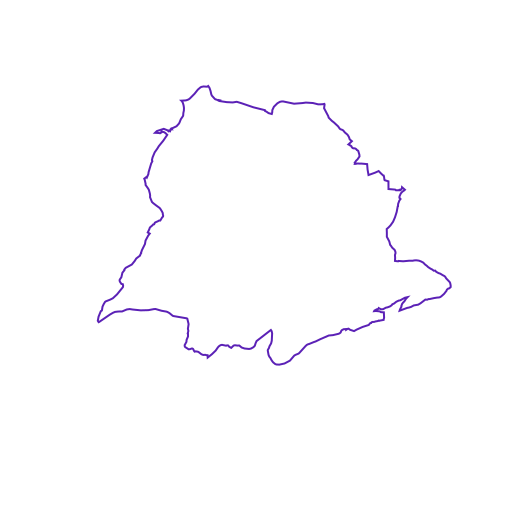 the district of Sanpetru De Campie, Mures, Romania, rotated 134°
{"feature_id": "2599482B10732475322024", "entity_name": "Sanpetru De Campie", "entity_type": "district", "adm_level": 2, "iso_a3": "ROU", "parent_name": "Romania", "parent_adm1": "Mures", "projection": "equal_earth", "projection_center": [24.255, 46.729], "detail": "fine", "context": "isolated", "style": "outline", "palette": "violet", "viewbox_px": 512, "rotation_deg": 134, "n_neighbors": 0, "source": "geoboundaries", "source_scale": "gbopen_adm2", "svg_char_len": 6102}
<svg xmlns="http://www.w3.org/2000/svg" viewBox="0 0 512 512"><g transform="rotate(134 256 256)"><path d="M412.5,324.8L412.9,323.2L412.4,323.0L399.6,320.4L396.1,319.4L394.2,318.6L391.6,316.5L388.9,313.8L384.2,311.8L381.9,310.0L380.3,307.7L375.2,301.2L369.7,295.8L364.9,292.4L363.9,291.4L361.0,285.9L358.3,281.9L357.8,280.9L357.2,278.6L356.9,274.7L356.7,273.9L349.0,262.6L348.8,261.9L351.4,257.8L351.9,257.1L355.7,254.4L356.9,252.6L358.8,251.5L358.7,251.4L361.1,249.0L364.5,247.7L366.1,246.4L369.7,245.4L370.6,244.3L370.7,243.7L369.9,239.6L368.9,238.8L367.1,237.9L366.7,237.4L366.6,236.6L367.4,234.3L367.4,233.6L366.5,233.2L365.3,231.4L365.0,230.8L364.6,227.1L364.2,226.0L363.8,225.2L362.2,223.7L361.8,222.8L361.0,221.9L362.6,220.2L357.3,219.5L352.1,219.3L348.4,219.9L346.9,220.0L344.9,219.6L344.0,219.1L343.5,218.7L341.3,215.2L340.5,214.8L339.8,214.1L339.7,213.8L339.9,212.3L339.3,210.0L336.3,209.9L335.6,209.7L334.8,209.1L333.3,207.1L332.0,205.8L331.8,202.8L330.5,200.0L327.7,196.4L326.1,195.3L323.4,194.5L321.4,194.5L319.0,195.7L316.8,196.5L298.9,193.9L299.2,192.5L300.5,190.6L306.0,185.8L308.4,184.4L311.6,183.6L313.1,182.8L315.2,182.3L315.8,181.9L318.2,178.6L318.7,177.7L319.2,176.3L319.3,175.1L320.2,172.2L320.6,169.9L320.4,167.3L319.9,166.0L318.0,163.8L313.5,160.8L307.7,158.9L301.0,159.3L299.4,158.8L296.7,157.6L295.8,157.5L286.4,157.8L284.6,157.7L283.0,157.1L282.7,156.8L277.7,154.6L276.2,153.8L271.0,151.9L262.6,148.4L259.5,145.7L254.5,142.5L253.3,142.1L252.2,142.0L250.5,142.7L249.6,142.7L247.8,142.1L246.0,140.5L246.5,139.9L244.8,139.5L244.0,139.0L243.7,137.0L241.9,133.3L239.1,132.5L232.9,130.0L227.3,127.0L225.2,127.2L224.8,127.1L224.2,126.6L223.4,126.8L222.5,126.4L221.3,125.2L220.1,124.6L218.3,123.3L217.1,122.8L217.1,122.4L216.1,121.8L213.3,119.8L212.5,120.4L211.5,120.9L207.7,124.9L209.6,127.1L209.9,128.5L210.7,129.6L212.4,131.7L213.6,132.7L213.0,132.9L210.4,132.1L209.2,131.3L208.7,131.2L208.2,131.5L207.7,129.7L207.3,128.8L205.9,127.6L203.0,126.7L201.5,125.7L199.2,124.6L197.2,124.2L196.0,124.4L194.4,123.7L191.4,123.3L188.8,122.3L187.8,121.5L182.6,119.9L180.3,118.4L182.5,118.4L185.5,117.8L187.7,117.8L189.0,117.6L191.0,116.7L191.4,116.2L194.4,115.3L195.6,114.7L188.3,111.2L186.9,110.2L184.9,109.1L182.0,108.2L178.3,105.5L175.7,104.8L169.7,103.9L168.5,102.5L167.2,102.0L166.5,101.3L162.6,98.7L160.2,96.9L158.6,95.5L157.7,95.0L156.4,94.7L152.7,94.4L148.8,94.8L147.6,95.3L145.9,95.1L145.0,94.5L143.1,94.4L141.9,95.6L140.6,97.5L140.2,98.6L140.0,103.7L139.6,105.0L139.5,106.4L140.1,108.4L140.7,111.2L141.5,112.8L142.2,115.5L142.0,116.9L143.1,117.9L143.3,119.8L143.9,121.8L144.4,124.5L144.4,126.2L144.7,128.8L144.6,130.0L144.6,131.2L145.3,133.6L146.2,135.6L147.5,137.4L149.2,139.1L150.6,140.0L153.2,142.7L157.6,146.5L160.5,150.0L161.0,150.0L161.6,150.7L163.0,152.6L160.6,154.7L158.8,156.7L156.9,157.7L156.0,158.9L155.3,160.6L155.4,163.8L154.9,166.0L154.8,167.2L152.9,170.3L151.3,175.2L148.3,178.1L145.8,180.7L143.4,180.5L140.6,180.5L136.1,181.2L131.6,182.9L126.6,185.4L121.9,188.5L121.6,188.4L120.0,189.8L119.5,190.1L116.5,191.4L114.6,191.6L114.5,191.8L114.6,192.9L114.5,193.3L113.4,194.2L110.4,195.3L108.1,195.4L106.2,195.0L104.9,194.9L105.1,198.7L105.7,198.2L107.2,197.7L108.5,197.9L108.6,198.3L108.4,198.6L108.7,198.8L109.1,198.5L111.5,201.0L111.5,201.8L111.8,202.3L115.8,207.2L110.3,212.6L112.1,216.1L112.0,216.5L110.1,218.9L109.5,219.9L109.7,220.1L109.8,223.0L109.7,226.8L113.3,228.2L119.6,231.3L116.3,235.8L112.7,239.9L116.0,244.0L119.7,248.0L120.3,248.1L121.1,248.9L120.5,249.2L120.5,249.6L121.0,250.1L120.1,249.8L117.8,250.2L116.0,250.1L112.5,250.7L111.4,251.9L109.4,255.4L109.4,256.2L109.7,257.0L109.5,258.0L109.7,259.2L110.4,260.3L110.9,260.7L111.2,261.5L111.2,262.7L110.8,263.5L110.8,263.9L111.0,265.2L111.3,265.6L111.3,266.5L111.5,267.0L106.8,266.8L107.0,269.6L105.9,271.7L105.3,273.8L105.2,274.8L105.4,277.9L105.1,280.5L105.4,281.7L106.2,283.5L106.2,284.4L105.7,287.0L105.8,292.7L106.1,295.4L106.0,299.8L105.2,301.2L102.4,309.7L99.4,311.9L99.1,312.5L100.9,313.8L103.7,316.6L106.4,321.3L111.0,326.7L113.8,328.9L120.0,334.4L126.0,343.9L127.0,344.9L128.5,345.9L131.3,346.7L136.2,346.8L139.7,345.6L141.3,344.2L142.9,343.3L144.5,346.2L144.9,348.8L145.4,350.2L144.9,350.9L150.8,361.1L156.2,372.6L158.2,376.5L158.6,377.1L161.7,379.4L165.7,384.0L169.6,389.5L168.9,389.8L169.7,391.1L170.2,390.8L170.9,393.0L171.5,394.0L171.6,394.9L171.3,399.1L170.8,400.4L168.9,403.3L167.8,405.4L167.3,406.5L166.9,408.5L168.1,408.7L170.5,411.5L172.4,412.8L173.5,413.1L176.7,413.4L182.1,412.9L188.8,413.0L190.3,413.3L192.2,414.2L193.2,414.9L196.1,417.6L196.1,416.8L196.7,414.9L197.9,412.8L198.8,411.6L199.6,410.6L201.5,408.9L203.6,407.6L205.5,406.0L206.2,405.7L209.8,405.1L213.2,403.7L214.4,403.4L217.9,403.3L222.4,405.0L222.9,405.5L223.6,405.5L223.6,404.8L223.9,405.1L224.4,405.1L224.8,404.9L225.1,405.1L225.5,404.8L225.5,405.3L225.7,405.5L226.1,405.1L226.5,405.4L227.0,405.3L227.1,405.6L226.9,405.8L227.0,406.8L228.6,410.7L235.0,414.1L237.5,414.2L234.9,411.2L234.4,410.3L232.6,409.8L232.6,410.3L231.9,410.3L230.8,408.2L230.5,406.6L230.5,404.0L237.5,402.8L244.6,402.2L247.2,401.6L251.8,400.9L256.9,398.9L259.3,397.5L259.8,396.4L262.2,395.7L270.3,391.5L271.9,390.3L275.4,389.0L275.3,389.7L278.0,390.1L278.4,389.1L279.6,387.3L280.8,385.5L281.6,384.8L282.4,380.5L282.9,378.9L284.9,375.6L286.1,374.1L287.3,373.1L289.4,368.4L289.4,366.8L289.0,363.1L288.4,358.8L288.5,357.7L289.3,354.5L289.9,352.9L290.8,351.9L291.5,350.8L292.2,350.3L293.5,350.3L297.0,349.5L297.7,350.3L299.4,350.8L301.0,351.5L302.3,351.9L303.9,351.3L304.8,351.9L305.9,351.8L308.8,352.1L309.5,352.0L311.0,351.3L314.3,350.2L313.7,348.0L316.3,347.7L321.6,346.2L324.5,344.2L331.4,342.0L332.4,341.4L333.4,341.1L333.7,340.6L335.5,340.2L336.2,339.7L341.0,340.4L343.8,339.8L348.4,339.4L355.0,341.5L357.3,341.3L357.6,340.8L360.8,340.5L364.8,338.1L367.2,337.7L367.9,337.5L368.5,337.0L369.0,336.1L369.6,333.4L368.8,332.2L369.7,330.9L370.9,330.1L380.2,329.3L385.8,329.6L388.7,330.6L393.1,332.6L393.9,332.7L396.5,332.1L399.1,331.2L401.9,329.2L402.4,329.0L403.5,329.3L409.0,327.1L412.5,324.8Z" fill="none" stroke="#5b21b6" stroke-width="2"/></g></svg>